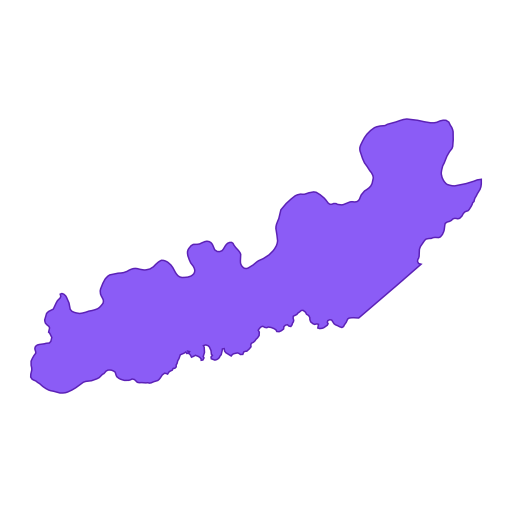 Cutias, Amapá, Brazil
{"feature_id": "56859067B15199971512565", "entity_name": "Cutias", "entity_type": "district", "adm_level": 2, "iso_a3": "BRA", "parent_name": "Brazil", "parent_adm1": "Amapá", "projection": "mercator", "projection_center": [-50.524, 1.067], "detail": "fine", "context": "isolated", "style": "filled", "palette": "violet", "viewbox_px": 512, "rotation_deg": 0, "n_neighbors": 0, "source": "geoboundaries", "source_scale": "gbopen_adm2", "svg_char_len": 6058}
<svg xmlns="http://www.w3.org/2000/svg" viewBox="0 0 512 512"><path d="M300.5,194.1L297.4,194.8L295.2,195.8L293.4,197.2L290.9,199.2L286.2,203.5L280.9,209.8L280.5,211.4L278.8,218.6L277.8,220.9L276.5,224.3L276.0,226.5L275.9,228.6L276.9,234.8L277.6,240.9L277.2,243.3L276.4,245.7L274.6,248.8L273.1,250.8L269.0,254.9L263.3,258.6L258.4,260.8L256.8,261.9L253.1,265.0L248.2,268.0L246.8,268.5L244.7,268.4L243.4,267.7L241.9,266.2L240.9,264.4L240.5,263.0L240.4,260.8L240.7,254.3L240.0,252.7L238.6,250.7L235.5,247.3L234.0,245.3L233.0,243.4L231.6,242.4L229.8,242.4L227.7,243.2L226.4,244.4L225.4,245.7L223.3,249.2L222.0,250.7L219.7,251.6L217.2,251.5L214.7,249.8L212.8,245.3L212.1,244.0L210.9,242.6L209.2,241.6L206.9,241.2L204.9,241.6L201.5,243.0L199.7,243.9L197.4,244.3L193.3,244.4L191.1,245.7L188.8,248.5L188.0,249.9L187.5,251.7L187.5,253.4L187.9,255.9L188.6,257.8L189.2,259.6L190.7,262.9L193.3,266.3L194.2,268.1L194.8,270.2L194.6,272.0L193.8,273.8L192.3,275.2L190.9,276.1L187.8,277.1L184.5,277.4L182.0,277.5L179.7,276.9L177.9,275.7L176.6,274.2L175.5,272.6L172.8,267.6L170.9,265.0L168.1,262.5L166.9,261.7L164.9,260.8L163.4,260.4L161.4,260.3L159.5,261.3L158.2,262.2L155.7,264.4L153.4,266.8L149.9,269.0L145.8,269.9L144.2,270.0L140.0,269.3L137.2,268.6L135.3,268.4L133.3,268.6L131.6,269.1L129.2,270.1L127.0,271.4L123.6,272.6L121.0,273.0L118.0,273.2L109.8,274.9L107.9,276.1L106.3,277.7L105.1,279.1L102.9,283.2L100.6,288.9L100.2,290.9L100.5,294.0L101.3,296.0L102.3,297.8L103.3,299.9L103.4,301.6L103.0,303.3L101.3,305.5L99.4,307.5L97.7,308.7L94.8,309.8L91.8,310.6L88.9,311.1L85.8,312.2L82.3,313.1L79.6,313.5L76.2,312.9L74.1,312.3L71.9,311.3L70.2,309.3L69.0,303.0L66.5,297.3L65.6,295.8L63.8,294.2L61.9,293.5L60.2,294.2L60.8,296.3L60.2,297.9L57.5,300.6L56.3,302.7L53.3,309.1L48.5,311.5L46.6,313.4L44.7,319.9L44.9,321.4L45.4,323.1L46.8,324.7L48.9,326.4L49.6,327.9L48.6,332.2L49.7,333.2L51.8,337.4L50.9,341.2L49.4,343.0L46.1,343.3L44.3,343.8L39.2,344.5L37.3,345.0L35.5,346.4L34.9,348.1L35.0,349.6L35.6,351.4L35.8,353.1L33.8,355.8L32.3,358.5L31.1,361.2L31.1,365.2L31.7,367.8L31.8,369.9L30.8,374.2L30.7,377.1L32.1,379.2L33.7,380.1L35.7,380.9L37.6,382.4L39.7,383.7L42.6,386.3L44.0,387.3L46.1,388.7L48.8,390.1L50.7,390.7L53.4,391.2L60.0,393.0L62.7,393.0L65.5,392.7L67.7,392.0L71.8,390.1L75.7,387.8L83.4,382.2L85.8,381.4L91.6,380.7L96.9,378.8L99.2,377.6L102.5,374.3L103.9,373.6L106.2,371.0L108.0,370.1L109.8,370.0L111.6,370.2L113.7,371.1L115.2,372.2L116.1,375.2L116.8,376.7L118.8,378.3L120.3,379.1L122.3,379.8L124.5,380.4L128.8,380.3L130.3,379.9L132.1,379.0L134.4,379.5L137.3,382.3L139.2,382.7L141.7,382.6L145.8,382.9L147.8,382.7L149.4,383.1L151.0,382.9L153.8,381.7L157.8,380.5L159.1,379.4L160.1,378.2L162.3,374.9L164.6,373.2L166.2,373.5L167.6,374.1L168.8,372.2L169.9,371.3L172.3,370.1L173.2,368.4L174.8,368.3L176.2,366.9L176.2,364.9L177.1,363.4L177.7,360.8L178.9,358.8L180.3,354.8L184.2,353.1L185.8,352.0L186.8,353.5L188.8,353.1L190.4,355.0L191.5,357.2L193.4,356.4L195.5,355.3L198.5,356.5L200.0,357.6L201.0,358.7L201.2,360.3L202.9,360.0L204.0,357.9L203.2,356.6L204.5,352.4L204.2,347.3L203.4,345.6L205.8,344.9L208.1,345.7L209.4,347.0L211.0,350.6L211.4,354.3L212.4,355.4L211.0,357.0L211.3,358.8L214.9,360.1L216.7,359.6L218.2,358.7L219.3,357.6L220.0,356.1L221.2,354.7L222.1,350.9L222.4,348.9L224.2,348.6L224.6,351.1L225.8,352.7L231.2,356.0L232.2,354.7L233.5,353.8L237.4,352.9L239.1,353.5L240.4,354.5L242.8,354.4L243.7,352.0L245.3,351.3L246.8,351.2L249.4,348.8L251.0,346.8L250.8,344.7L251.4,343.3L253.5,342.2L255.0,340.8L255.9,339.4L257.5,337.9L259.1,335.6L259.3,332.1L258.2,330.2L259.7,328.1L261.3,326.7L262.8,326.3L264.9,327.4L266.8,327.7L268.3,327.0L271.2,327.5L274.0,328.6L275.9,329.8L276.8,331.5L279.1,331.7L281.4,330.7L283.6,329.0L283.9,326.6L285.4,325.2L287.4,324.7L288.9,326.1L290.8,326.5L292.0,324.9L292.5,323.2L293.4,321.8L293.7,320.3L293.1,318.1L293.3,316.2L296.8,314.5L297.9,313.1L299.6,311.9L301.2,310.5L303.0,310.3L305.5,312.2L306.5,314.2L308.6,315.5L309.8,317.5L309.9,319.7L310.7,321.9L312.9,323.7L314.6,324.4L316.8,323.9L318.5,324.3L317.8,328.0L319.7,328.6L322.1,328.3L323.6,327.8L324.8,327.0L327.3,325.2L328.1,323.7L327.3,322.3L327.8,320.6L329.8,319.7L331.7,320.1L334.1,323.8L335.5,324.8L337.9,325.8L339.5,326.7L341.9,327.5L343.5,326.6L344.3,325.0L346.2,322.3L347.7,319.0L349.1,318.1L351.0,317.8L353.5,317.7L358.7,318.0L398.7,283.7L421.1,264.2L418.6,263.5L417.5,261.4L417.8,259.5L418.6,258.2L419.1,256.3L419.4,249.5L419.9,247.9L420.5,246.4L424.7,240.3L426.2,239.0L429.0,238.5L431.3,238.4L432.9,237.7L435.0,237.4L438.7,237.6L440.4,236.9L442.4,234.5L443.7,231.6L444.2,229.9L444.8,225.2L445.2,223.4L447.2,222.0L449.5,221.4L451.4,220.4L452.6,219.1L454.3,218.4L455.9,218.4L457.8,218.8L459.7,218.3L461.9,216.1L463.2,213.7L464.7,212.0L466.2,211.3L467.9,210.8L469.1,209.6L471.2,206.3L472.1,204.5L472.7,202.7L474.0,201.5L474.3,199.9L475.0,198.0L476.4,195.7L477.3,193.8L480.0,189.4L480.9,186.8L481.3,184.0L481.3,179.3L477.2,179.9L473.9,181.2L466.1,183.6L454.7,185.9L452.4,185.8L449.6,185.2L447.3,184.5L446.1,183.7L444.3,181.7L443.2,179.9L442.1,177.5L441.3,174.1L441.3,172.3L441.7,169.9L442.7,165.9L444.2,163.0L446.9,156.2L449.5,151.7L452.0,148.5L452.7,146.5L453.2,139.9L453.1,131.7L452.7,129.9L451.8,127.5L450.3,125.2L448.8,122.1L446.0,120.3L443.2,120.2L440.1,120.9L436.8,122.3L434.1,122.8L430.6,122.8L424.5,121.8L417.6,120.3L406.8,119.0L403.4,119.5L399.5,120.7L395.8,122.0L387.4,124.3L385.0,125.6L380.1,126.0L376.6,126.8L374.4,127.7L370.6,130.5L367.0,134.1L364.6,137.4L362.5,141.3L360.6,145.2L359.9,147.4L359.8,149.0L360.0,150.9L362.6,158.7L364.5,162.9L367.2,166.6L369.8,170.7L371.5,172.8L372.9,175.6L373.3,177.9L372.1,183.5L370.8,186.0L369.1,187.8L367.0,189.4L364.5,191.0L361.3,194.8L360.4,196.8L359.4,199.3L358.4,200.6L357.0,201.6L354.7,202.0L352.0,201.7L350.1,201.9L343.3,204.6L341.7,204.9L337.5,204.4L336.1,203.6L333.8,203.5L331.7,204.3L329.9,204.3L328.2,203.1L325.7,199.8L324.1,198.0L320.1,194.7L316.2,192.3L313.7,191.9L308.8,192.8L304.7,194.2L303.0,194.3L300.5,194.1ZM188.8,353.1L187.9,351.2L189.6,351.6L188.8,353.1Z" fill="#8b5cf6" stroke="#5b21b6" stroke-width="1.5"/></svg>